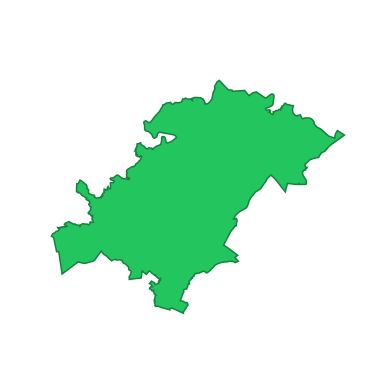 Tamazunchale, San Luis Potosí, Mexico, rotated 138°
{"feature_id": "50627088B74317762178215", "entity_name": "Tamazunchale", "entity_type": "district", "adm_level": 2, "iso_a3": "MEX", "parent_name": "Mexico", "parent_adm1": "San Luis Potosí", "projection": "albers", "projection_center": [-98.765, 21.244], "detail": "fine", "context": "isolated", "style": "filled", "palette": "green", "viewbox_px": 384, "rotation_deg": 138, "n_neighbors": 0, "source": "geoboundaries", "source_scale": "gbopen_adm2", "svg_char_len": 6086}
<svg xmlns="http://www.w3.org/2000/svg" viewBox="0 0 384 384"><g transform="rotate(138 192 192)"><path d="M151.7,275.3L153.4,275.4L155.5,276.2L157.6,274.9L159.0,274.8L161.9,273.7L169.2,273.0L175.7,271.7L177.7,272.3L178.6,275.9L180.6,276.4L181.7,275.5L182.4,273.6L185.4,270.1L185.6,268.6L184.0,266.4L183.6,265.2L183.4,261.7L184.3,259.3L184.2,257.4L183.6,256.9L181.8,256.6L180.6,256.9L178.7,258.4L176.2,258.3L167.3,246.7L166.6,244.5L167.2,243.0L167.8,242.9L173.8,243.3L177.4,244.9L178.0,246.1L175.7,250.0L175.6,251.4L176.8,253.0L177.9,253.0L179.8,250.8L183.5,248.2L188.1,249.9L193.0,250.3L192.5,251.5L193.5,252.4L194.5,254.0L196.3,253.8L197.0,254.3L197.0,257.7L198.1,261.4L197.2,262.8L197.7,263.3L198.9,263.3L200.4,264.5L201.7,263.6L202.3,262.4L203.0,262.6L204.5,262.0L204.9,261.2L205.6,261.5L206.3,260.7L207.0,260.6L206.4,259.9L207.1,259.5L207.1,258.3L207.9,258.2L208.4,257.6L208.1,257.1L208.7,256.8L208.1,256.4L209.0,255.9L208.6,254.7L207.6,253.6L207.6,253.1L206.0,253.3L205.7,251.9L210.0,250.1L210.5,250.6L212.6,250.1L214.5,250.5L217.2,249.6L220.3,251.1L225.3,252.0L227.2,250.9L227.5,249.5L228.7,249.2L230.2,247.0L230.9,246.9L230.7,246.2L230.1,246.3L230.5,246.0L229.4,244.9L229.9,243.5L230.6,243.6L234.2,248.1L234.9,249.6L235.7,254.0L236.5,254.8L241.0,255.2L243.1,256.8L243.9,256.7L244.1,255.1L242.6,252.9L242.4,252.0L244.4,251.8L246.2,253.3L246.7,253.3L250.0,249.2L250.8,249.2L251.3,249.9L250.7,252.2L251.9,251.8L253.6,250.3L254.1,250.7L254.0,251.2L255.2,251.5L255.3,252.9L256.9,251.6L257.4,250.4L259.2,250.7L260.9,249.0L261.3,249.8L262.0,248.9L262.7,249.5L263.1,248.9L263.4,249.4L264.2,249.1L264.5,249.8L267.1,251.2L267.5,252.9L268.0,253.4L266.6,254.8L268.1,256.3L269.7,260.2L268.1,262.4L267.7,262.3L267.3,263.7L267.7,265.1L266.4,266.1L265.7,268.0L266.8,274.7L267.4,275.8L270.7,274.4L272.0,274.8L272.1,274.3L272.3,275.1L277.4,269.8L277.5,269.0L276.5,268.1L277.1,267.6L276.5,267.3L275.9,265.8L276.1,263.3L274.9,260.1L275.1,259.1L274.2,258.1L275.6,257.2L274.9,254.8L274.1,254.8L274.2,254.1L274.9,253.4L274.8,252.4L275.2,252.1L276.9,252.1L277.2,251.7L277.0,250.8L277.6,249.3L277.0,248.2L278.7,247.4L279.2,246.6L283.1,246.0L283.5,245.1L282.8,244.9L282.8,241.9L281.8,241.3L282.7,240.8L282.8,240.5L282.2,240.4L282.6,239.7L284.2,239.1L284.7,238.5L284.9,238.0L284.5,237.2L285.5,235.5L286.0,235.6L286.9,237.2L287.6,237.7L288.1,237.8L288.6,236.8L290.9,236.8L291.1,237.8L294.5,241.6L296.5,242.1L298.4,241.3L298.0,243.0L299.7,244.4L300.5,246.8L301.4,247.1L303.3,252.3L306.6,253.5L308.4,253.5L308.5,252.1L307.9,251.2L307.8,250.2L308.2,250.2L308.9,250.8L309.6,250.7L309.8,251.5L310.8,252.4L312.2,252.5L312.1,253.1L312.7,253.5L313.6,253.4L314.0,254.2L314.7,254.2L315.6,255.4L315.8,254.6L315.3,253.6L315.7,252.8L317.7,252.8L319.2,253.6L321.2,253.4L323.4,254.2L326.1,253.2L325.2,250.9L332.6,238.2L330.9,236.9L343.4,218.0L323.5,216.2L319.6,210.7L311.8,206.8L310.0,206.5L299.1,208.8L299.3,204.5L298.5,202.5L297.9,194.7L295.6,194.1L293.7,193.0L293.7,191.9L291.2,190.1L289.8,188.1L290.2,187.9L290.0,186.9L290.5,185.9L290.4,184.2L289.8,183.8L289.4,181.4L289.4,178.8L290.8,176.9L290.9,176.0L290.1,174.2L290.7,173.3L292.7,171.9L295.8,170.9L296.4,169.4L297.1,169.0L287.3,162.2L281.9,166.6L281.1,161.3L276.5,162.0L275.5,155.0L274.7,154.9L274.8,153.5L275.2,153.3L274.6,149.1L273.3,149.1L273.5,148.4L274.8,148.1L274.8,147.6L276.0,148.1L276.6,147.2L276.9,147.8L277.9,146.6L281.2,147.7L280.7,149.4L281.7,152.9L284.9,152.4L284.3,151.2L284.7,148.3L285.6,149.0L287.6,149.1L288.4,148.4L287.7,147.4L287.8,145.2L286.3,144.6L287.5,143.5L287.4,142.5L288.2,141.8L287.7,139.4L288.4,139.7L291.4,137.5L291.3,137.1L292.1,137.2L292.9,136.4L292.8,135.5L293.1,135.7L294.3,134.4L294.7,132.6L295.6,132.3L295.3,131.1L293.2,129.4L292.7,127.7L287.3,119.2L286.8,119.9L284.7,119.4L279.5,107.6L278.6,108.7L274.8,109.4L272.6,110.4L270.8,110.5L269.7,112.3L269.8,113.4L271.1,114.3L271.6,116.5L273.3,119.1L266.5,122.7L265.5,122.8L263.5,124.9L261.8,124.2L261.1,123.5L258.5,124.6L257.2,125.8L256.0,125.5L256.1,125.9L254.9,125.8L254.2,127.6L251.3,127.6L249.9,128.4L249.5,127.7L248.5,128.4L246.7,128.1L245.9,129.0L244.2,129.1L240.8,126.9L236.6,125.6L235.4,123.1L235.4,122.2L234.7,121.8L230.7,121.5L223.3,122.1L220.0,121.2L216.1,119.3L211.6,115.9L210.5,115.7L207.7,112.4L207.1,110.6L203.9,109.6L203.9,114.6L200.4,114.4L202.6,126.1L204.1,131.4L189.4,136.8L183.2,137.7L182.9,138.2L181.7,137.3L179.3,139.7L178.3,139.8L177.1,141.5L176.8,142.9L178.7,143.2L179.4,144.1L175.6,145.4L169.8,145.6L162.1,143.8L159.2,144.9L155.5,147.2L152.5,148.2L145.1,149.5L139.0,148.5L129.2,150.7L126.9,151.8L122.0,151.7L121.5,145.6L122.6,129.6L120.7,130.9L120.5,131.5L119.8,131.5L115.3,134.5L110.2,128.7L107.4,126.0L107.1,126.7L106.7,126.6L106.8,125.4L102.1,121.4L101.1,122.0L99.2,124.6L98.4,129.8L96.9,132.7L96.1,132.7L95.0,133.4L93.3,132.5L92.2,133.3L91.4,132.7L89.9,133.2L90.9,134.1L90.2,136.8L82.9,137.1L78.5,135.3L74.9,133.0L69.9,134.5L66.0,133.4L58.7,134.3L40.6,132.3L42.8,140.4L46.4,139.2L50.0,136.7L53.1,142.3L54.1,152.4L55.7,156.6L55.7,160.8L54.5,162.4L54.1,165.0L54.4,166.6L54.7,167.6L57.0,170.2L58.8,171.6L60.6,172.2L60.9,173.0L59.9,176.9L63.6,178.8L63.9,179.4L64.1,182.2L63.7,184.0L61.6,186.5L59.0,188.1L59.1,188.8L60.3,189.7L61.1,191.4L62.7,192.9L63.2,195.4L64.0,195.9L66.2,195.0L68.1,195.7L69.0,194.1L70.0,195.0L71.3,193.7L71.9,195.0L73.7,195.1L75.3,196.4L76.8,196.3L78.0,197.3L79.5,195.4L80.2,195.7L80.8,197.1L80.7,198.7L81.4,199.7L79.3,199.8L79.2,200.6L79.7,201.5L82.0,202.8L81.7,204.5L80.7,204.6L75.0,202.6L73.3,202.9L66.7,208.5L66.3,209.5L66.4,210.6L67.2,211.5L68.8,211.9L74.0,212.3L74.6,212.7L77.2,223.3L80.1,224.9L85.2,225.6L84.9,232.2L94.6,239.8L94.1,241.0L96.7,243.6L97.0,256.7L99.5,257.1L104.5,255.4L106.4,253.0L109.5,251.9L114.8,247.9L118.6,247.0L120.8,247.0L122.3,247.7L123.4,249.0L122.5,249.8L122.5,250.8L121.8,251.3L121.7,252.2L121.9,253.3L121.6,253.7L122.5,256.3L125.8,259.6L126.8,260.5L129.7,261.7L130.5,259.8L131.2,262.5L133.5,264.3L133.7,265.8L135.1,266.5L136.2,266.5L136.7,267.4L139.5,265.9L142.0,267.1L144.2,269.4L145.8,270.0L147.3,269.8L148.1,270.9L148.0,273.0L151.7,275.3Z" fill="#22c55e" stroke="#15803d" stroke-width="1.5"/></g></svg>